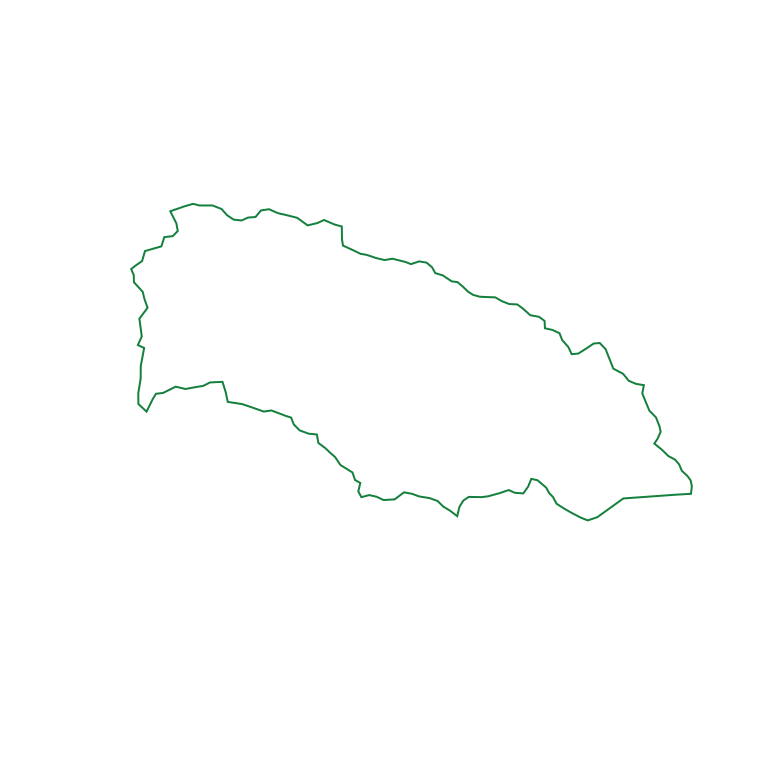 the district of Campos do Jordão, São Paulo, Brazil, rotated 236°
{"feature_id": "56859067B66319400982583", "entity_name": "Campos do Jordão", "entity_type": "district", "adm_level": 2, "iso_a3": "BRA", "parent_name": "Brazil", "parent_adm1": "São Paulo", "projection": "albers", "projection_center": [-45.536, -22.693], "detail": "fine", "context": "isolated", "style": "outline", "palette": "green", "viewbox_px": 768, "rotation_deg": 236, "n_neighbors": 0, "source": "geoboundaries", "source_scale": "gbopen_adm2", "svg_char_len": 2290}
<svg xmlns="http://www.w3.org/2000/svg" viewBox="0 0 768 768"><g transform="rotate(236 384 384)"><path d="M608.2,233.6L595.3,235.5L588.3,232.9L579.4,230.6L574.9,217.7L558.9,209.8L553.9,201.7L548.0,205.3L534.9,192.4L524.7,185.4L513.7,175.1L504.8,169.2L493.9,171.7L500.8,183.8L503.4,189.5L500.1,195.9L498.3,209.8L490.9,216.6L487.0,225.5L483.5,233.2L482.6,240.6L476.1,251.3L466.1,248.3L456.5,244.5L446.7,255.1L440.5,259.9L428.4,268.9L425.0,275.9L412.5,284.7L408.1,288.2L401.0,286.6L392.8,288.1L385.0,293.7L379.7,300.1L371.7,296.6L364.0,299.4L356.8,301.0L350.8,302.6L341.1,302.6L328.3,308.4L320.6,306.3L315.2,309.0L309.3,302.6L302.8,302.0L300.2,309.6L294.7,314.8L288.0,318.8L282.4,328.3L283.0,340.0L277.1,346.0L271.2,350.2L264.0,357.9L257.1,363.0L249.2,364.6L242.1,367.9L233.5,370.8L240.0,377.9L243.0,384.6L243.0,391.1L235.6,401.7L232.6,407.7L228.8,419.0L226.4,428.0L220.7,431.6L215.4,438.3L218.3,446.1L223.0,453.1L218.4,457.4L207.5,460.5L201.2,459.9L195.8,460.9L188.2,460.1L179.3,464.0L171.8,467.7L163.2,472.4L157.0,476.6L154.3,486.3L154.6,496.6L155.3,518.4L144.3,537.5L128.6,564.8L121.3,577.1L127.2,582.1L132.5,584.3L138.1,584.1L145.5,582.4L152.3,583.7L158.6,583.0L165.1,579.5L174.6,577.5L183.4,574.8L185.8,580.5L189.6,586.6L195.1,588.8L204.3,590.8L213.4,589.1L222.9,591.0L231.8,592.9L237.7,598.8L243.3,592.9L249.8,588.7L258.7,587.9L268.5,582.7L278.0,584.8L288.9,587.2L297.3,585.8L300.3,580.5L300.3,571.7L300.6,562.0L303.8,556.3L311.6,557.5L320.9,556.3L327.9,557.9L334.7,553.8L340.2,548.6L346.5,552.4L353.0,550.1L359.3,543.7L369.3,541.2L375.4,539.0L380.3,532.5L386.8,528.0L393.6,524.7L398.7,517.7L402.8,512.2L408.1,507.7L413.8,505.2L420.3,503.9L427.4,501.9L431.2,497.5L441.1,493.5L447.3,488.5L454.1,489.1L460.9,487.1L466.0,481.7L468.3,473.4L473.1,470.1L483.1,461.1L486.5,453.7L493.2,447.6L500.7,441.9L505.1,437.3L510.5,434.2L521.7,427.4L527.3,430.0L538.2,437.1L543.7,432.3L553.5,426.0L554.7,418.7L558.2,409.4L570.4,404.9L579.3,396.9L584.8,391.7L593.2,386.4L596.7,379.0L594.3,370.8L598.0,364.4L599.2,357.4L604.3,351.3L611.6,348.3L619.9,347.2L627.9,341.7L635.2,330.8L640.1,326.5L643.0,317.5L646.7,303.4L633.3,301.7L626.2,298.6L624.7,291.6L628.6,284.0L622.6,276.4L627.9,260.2L621.2,252.2L621.1,244.8L620.7,238.7L614.1,237.4L608.2,233.6Z" fill="none" stroke="#15803d" stroke-width="2"/></g></svg>